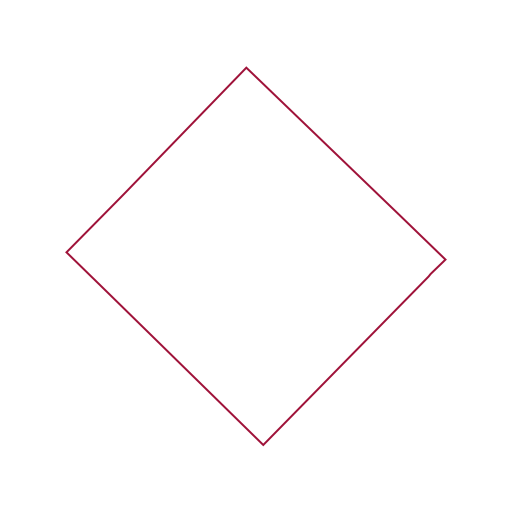 outline of Coryell, Texas, United States of America, rotated 255°
{"feature_id": "52423323B99652996528900", "entity_name": "Coryell", "entity_type": "district", "adm_level": 2, "iso_a3": "USA", "parent_name": "United States of America", "parent_adm1": "Texas", "projection": "orthographic", "projection_center": [-97.842, 31.39], "detail": "fine", "context": "isolated", "style": "outline", "palette": "rose", "viewbox_px": 512, "rotation_deg": 255, "n_neighbors": 0, "source": "geoboundaries", "source_scale": "gbopen_adm2", "svg_char_len": 294}
<svg xmlns="http://www.w3.org/2000/svg" viewBox="0 0 512 512"><g transform="rotate(255 256 256)"><path d="M71.6,214.1L191.5,417.4L193.5,420.1L203.5,438.1L233.0,420.4L253.4,408.2L440.4,295.4L349.6,143.8L308.6,73.9L271.7,95.8L71.6,214.1Z" fill="none" stroke="#9f1239" stroke-width="2"/></g></svg>